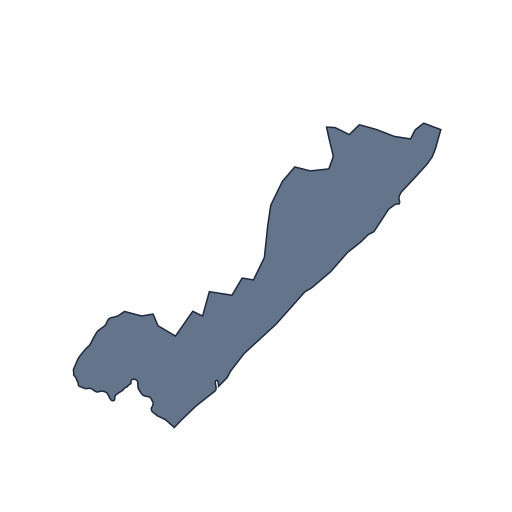 SVG path tracing the border of Atsinanana, rotated 26°
{"feature_id": "MDG-5868", "entity_name": "Atsinanana", "entity_type": "Autonomous Province", "adm_level": 1, "iso_a3": "MDG", "parent_name": "Madagascar", "parent_adm1": "", "projection": "albers", "projection_center": [48.339, -18.983], "detail": "fine", "context": "isolated", "style": "filled", "palette": "slate", "viewbox_px": 512, "rotation_deg": 26, "n_neighbors": 0, "source": "natural_earth", "source_scale": "10m", "svg_char_len": 2655}
<svg xmlns="http://www.w3.org/2000/svg" viewBox="0 0 512 512"><g transform="rotate(26 256 256)"><path d="M366.7,61.4L370.3,81.2L370.9,89.8L369.4,98.9L364.8,114.7L358.6,134.7L358.4,137.0L358.5,139.3L359.0,141.1L359.6,142.1L361.0,143.8L361.6,144.8L361.9,146.3L361.1,147.0L359.8,147.5L358.6,148.3L354.7,155.7L351.4,182.0L350.5,183.6L348.1,186.7L347.2,188.3L344.1,197.3L336.7,212.7L330.0,237.3L320.2,259.8L315.6,266.8L304.0,308.3L288.1,348.8L283.8,369.7L283.5,372.7L283.5,377.7L279.5,389.6L278.7,388.0L277.2,385.8L275.5,384.6L274.4,386.0L274.9,387.5L277.9,391.8L278.6,393.8L278.3,395.5L267.9,417.0L260.8,436.3L257.6,446.1L256.5,445.6L246.3,442.8L237.5,442.9L231.3,441.5L230.3,441.0L229.2,439.9L228.8,439.0L228.6,438.0L228.7,437.2L228.7,435.5L228.6,434.7L228.1,433.4L227.7,432.9L227.1,432.3L224.9,430.8L224.2,430.2L223.4,429.7L222.7,429.5L221.3,429.6L217.4,430.6L216.6,430.7L215.8,430.7L214.5,430.4L213.0,429.7L210.2,428.1L208.0,426.5L207.6,426.0L205.0,421.4L204.6,420.8L204.1,420.4L203.5,420.0L202.7,419.9L201.6,419.9L200.8,420.0L200.0,420.3L199.5,420.7L199.0,421.1L198.7,421.7L198.4,422.2L198.4,422.9L198.6,423.6L199.3,424.7L199.5,425.3L199.4,425.8L198.6,426.8L198.2,427.4L198.0,428.0L197.7,429.5L197.5,430.1L196.2,431.6L195.9,432.2L195.5,433.6L195.3,434.4L195.1,435.1L191.3,441.4L190.9,442.8L190.8,443.6L190.9,444.3L191.0,445.0L191.9,446.9L191.9,447.5L191.7,448.1L191.2,448.5L190.7,448.9L190.0,449.1L189.2,449.1L188.1,448.6L186.7,447.8L184.3,445.9L182.1,444.4L181.4,444.3L180.3,444.3L178.7,444.4L177.3,444.8L176.6,445.0L175.0,446.1L173.6,447.5L173.0,447.8L172.3,448.0L171.5,448.1L170.7,448.1L169.8,448.0L168.3,447.7L166.7,447.5L165.9,447.5L165.1,447.7L164.4,447.9L163.8,448.2L161.6,449.7L160.9,449.9L160.2,450.1L156.9,450.3L155.4,450.6L154.6,450.6L153.8,450.4L153.0,449.9L152.5,449.3L152.1,448.7L151.7,448.2L151.3,447.6L150.9,447.2L149.7,446.5L149.2,446.1L147.9,444.7L147.4,444.3L146.8,443.9L144.8,443.2L144.3,442.8L143.9,442.3L143.1,440.3L142.7,439.7L142.3,439.3L141.9,438.7L141.6,437.6L141.1,426.7L141.5,423.3L143.5,414.7L144.8,411.0L145.4,409.7L145.7,407.3L145.8,400.6L146.3,394.3L146.9,392.1L150.2,385.9L150.7,384.5L151.0,383.3L150.9,378.7L151.1,377.7L151.4,376.9L152.1,375.8L152.5,375.3L153.4,374.4L155.6,372.8L157.4,371.1L158.3,370.1L162.1,363.5L179.6,360.0L189.0,353.3L198.4,361.6L218.7,363.3L223.4,333.4L234.3,333.4L229.7,308.5L251.6,301.8L253.2,281.9L264.2,278.6L264.2,253.7L253.3,223.8L247.0,203.9L247.0,177.3L251.8,159.0L267.5,155.7L283.3,145.8L281.8,132.5L270.8,119.2L262.9,109.2L270.8,105.9L286.6,106.0L291.4,92.7L308.8,89.5L327.8,87.9L343.6,83.0L343.7,73.0L348.5,63.1L366.7,61.4Z" fill="#64748b" stroke="#1e293b" stroke-width="1.5"/></g></svg>